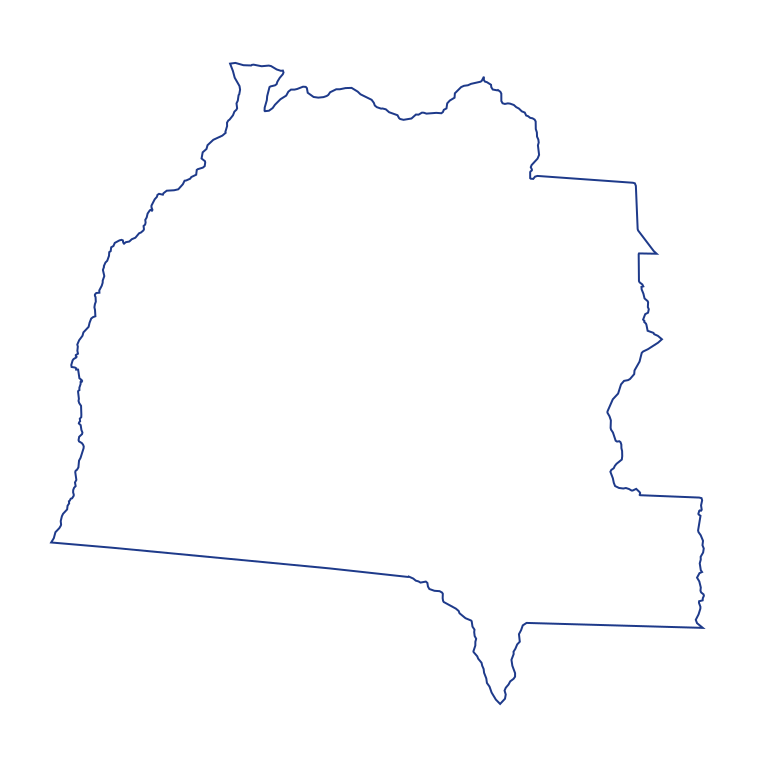 SVG path tracing the border of Mato Grosso, rotated 182°
{"feature_id": "BRA-602", "entity_name": "Mato Grosso", "entity_type": "State", "adm_level": 1, "iso_a3": "BRA", "parent_name": "Brazil", "parent_adm1": "", "projection": "mercator", "projection_center": [-55.436, -12.685], "detail": "fine", "context": "isolated", "style": "outline", "palette": "blue", "viewbox_px": 768, "rotation_deg": 182, "n_neighbors": 0, "source": "natural_earth", "source_scale": "10m", "svg_char_len": 6108}
<svg xmlns="http://www.w3.org/2000/svg" viewBox="0 0 768 768"><g transform="rotate(182 384 384)"><path d="M237.9,597.3L142.1,593.8L140.3,593.3L139.2,590.8L135.9,547.7L135.4,546.3L119.1,526.3L116.1,523.7L133.7,523.4L134.0,522.7L132.8,495.8L132.1,494.5L129.3,492.5L128.3,490.6L130.1,490.0L129.8,487.5L127.9,483.3L126.6,478.6L123.4,476.0L122.9,474.9L123.0,470.1L122.0,468.0L122.6,464.5L125.4,462.9L127.3,457.4L125.9,456.0L126.1,455.1L124.3,453.5L123.8,452.3L122.4,446.4L116.5,444.5L115.7,443.2L112.0,441.7L107.8,438.4L111.6,434.8L121.6,427.9L126.2,425.5L127.5,424.1L129.4,415.3L134.1,406.3L134.3,402.6L138.3,397.6L140.2,396.4L144.2,395.5L147.1,391.9L149.7,382.6L154.8,376.7L159.7,364.4L159.7,363.1L157.5,359.6L156.0,355.6L156.0,348.0L155.5,346.3L153.5,343.5L150.5,335.4L149.1,334.6L146.8,335.0L145.6,334.1L144.7,331.8L144.5,328.2L143.7,325.3L143.4,320.2L143.7,316.8L148.8,312.4L150.4,310.3L151.5,307.8L153.8,306.1L154.7,304.2L152.0,297.8L150.9,293.3L149.5,290.1L145.5,288.3L141.2,287.9L138.6,288.5L135.5,287.6L132.9,286.2L131.8,286.2L128.3,288.0L124.7,284.8L124.2,284.0L124.6,282.1L124.2,281.8L65.0,281.5L62.7,281.0L62.0,278.9L62.9,273.7L62.1,269.4L62.8,268.4L64.0,268.7L64.5,268.3L65.3,265.2L65.0,264.6L63.1,263.3L65.0,248.6L64.5,246.9L62.2,243.9L59.7,238.4L60.1,234.0L58.7,230.8L59.2,226.7L61.5,222.4L61.3,219.5L62.2,215.8L60.9,209.0L59.6,207.2L62.1,206.0L64.4,201.4L62.0,197.7L60.3,191.7L60.5,188.6L60.1,187.4L59.7,186.7L57.3,184.9L56.9,183.5L57.9,181.1L58.0,178.9L61.5,177.9L61.6,176.3L60.0,172.4L60.0,170.5L61.6,164.7L64.2,159.2L62.8,155.9L56.9,151.4L233.2,150.2L236.9,147.6L238.4,142.8L240.4,138.7L239.3,131.2L241.8,128.4L243.5,123.9L245.2,121.0L245.0,118.6L247.0,112.8L245.9,106.9L242.9,99.6L242.8,96.1L244.2,93.9L247.5,91.2L249.0,88.1L251.7,84.7L252.8,81.8L251.5,77.9L252.1,73.7L256.8,68.3L261.2,72.5L265.7,79.4L268.0,85.3L270.7,88.8L271.5,93.3L273.9,98.9L274.5,102.7L276.0,105.8L276.8,108.8L280.3,112.8L281.3,115.1L285.1,119.2L285.3,120.0L283.6,125.8L283.7,129.5L283.0,132.6L284.6,135.3L285.2,139.2L285.0,141.7L287.1,144.6L288.1,150.0L288.8,150.7L294.4,152.8L300.5,157.5L301.5,159.8L304.3,162.0L316.7,168.2L317.4,169.4L317.9,172.0L317.9,176.4L318.7,177.6L321.2,178.9L326.4,179.1L331.5,180.7L333.0,183.1L333.7,186.7L335.3,188.0L340.6,186.8L342.6,187.9L345.4,188.6L348.0,190.6L352.7,192.5L353.1,192.0L431.8,197.8L650.0,210.9L711.1,214.0L708.6,218.4L707.2,224.4L703.4,228.7L702.1,231.1L701.8,232.1L702.3,235.7L701.3,240.6L700.2,243.1L696.3,247.6L696.0,251.3L694.5,253.7L694.8,255.8L694.0,256.4L693.1,258.4L691.7,258.9L690.2,261.5L690.2,262.7L690.9,264.8L690.9,267.2L690.1,269.5L688.6,271.2L689.4,274.8L688.1,277.4L689.5,285.2L689.1,286.6L687.8,287.6L686.5,290.0L686.1,296.8L684.7,299.6L682.0,309.3L681.9,311.1L682.6,312.8L683.9,314.4L686.8,316.0L687.3,317.3L686.8,320.6L684.0,323.4L683.7,325.0L684.8,327.5L685.7,332.3L687.6,333.9L687.4,335.0L686.4,336.1L686.8,338.7L685.4,340.3L685.4,342.8L686.0,351.6L687.9,354.2L688.7,356.4L688.4,358.5L689.5,365.7L689.2,366.6L688.2,367.2L688.3,369.7L687.2,373.4L687.3,375.6L687.1,376.0L686.2,375.7L685.8,376.5L686.4,377.5L688.6,379.1L690.2,387.7L692.2,387.7L692.1,388.9L693.5,389.7L696.8,390.1L697.2,392.1L696.0,396.8L695.1,398.1L692.5,399.8L692.2,400.4L693.0,401.3L693.0,402.2L690.9,403.6L691.6,406.5L691.3,410.7L691.9,412.7L690.2,417.1L687.0,421.7L686.2,425.1L681.2,430.8L680.4,434.9L678.9,439.2L677.1,440.7L674.8,441.6L675.4,447.9L676.1,450.6L675.7,453.7L674.9,456.2L675.3,460.8L676.0,462.1L676.0,463.4L674.7,464.9L671.6,465.3L671.8,467.6L669.5,472.4L668.7,475.4L668.7,477.6L667.3,482.1L668.9,488.2L667.9,491.3L668.1,492.0L666.6,495.7L664.9,497.5L663.3,502.5L663.2,506.2L661.8,507.2L661.4,511.1L659.2,512.5L658.0,515.6L653.4,518.3L651.3,518.9L650.0,518.4L649.5,516.1L648.7,515.2L647.0,516.7L643.5,517.5L641.1,519.9L637.6,521.5L634.0,526.1L632.2,526.9L629.8,529.1L629.3,530.3L629.8,533.5L628.3,535.0L627.9,537.0L628.3,539.7L627.0,542.1L626.2,546.1L624.1,549.4L623.3,549.9L622.0,549.1L621.5,549.9L622.6,552.7L622.6,554.2L619.6,560.6L617.5,563.1L617.0,565.1L615.5,566.2L611.6,565.5L611.1,566.9L607.9,569.6L600.5,570.3L596.4,571.4L592.0,576.6L590.4,580.2L588.8,580.5L584.9,582.4L583.8,584.1L579.0,586.6L578.6,591.4L577.6,592.2L572.6,593.9L570.8,595.5L570.4,599.1L570.7,600.4L574.2,603.0L573.3,609.2L569.6,612.7L568.7,616.5L563.1,622.1L554.2,626.6L551.0,629.5L551.3,630.5L549.8,636.3L550.0,639.7L548.8,641.9L547.6,642.8L544.3,647.3L543.0,651.0L541.1,652.9L540.4,654.4L541.2,659.3L540.0,662.1L539.4,667.6L538.8,668.4L538.1,673.1L538.8,676.7L543.9,684.9L545.9,691.5L549.0,698.8L543.7,699.7L535.6,697.7L527.9,697.7L527.2,698.3L525.5,698.6L517.4,697.3L510.3,698.2L508.0,697.8L502.2,694.6L498.0,693.4L496.0,693.7L495.3,691.8L495.9,690.1L498.9,686.3L501.1,682.4L501.8,679.9L503.3,678.7L507.9,677.4L508.8,676.7L510.8,667.6L511.0,663.6L512.9,656.0L512.9,652.9L512.5,652.5L508.5,653.1L504.9,655.9L502.7,659.3L497.4,665.0L491.8,668.8L489.8,672.8L487.2,675.0L483.7,675.1L481.1,675.8L475.3,678.3L472.6,678.2L471.4,677.0L470.4,672.4L464.4,668.4L459.7,667.9L454.5,668.6L451.4,669.8L449.8,670.9L448.0,673.7L442.0,676.9L438.5,677.0L432.7,678.4L426.7,678.8L420.5,675.3L417.6,672.7L406.3,667.6L404.0,664.7L402.9,662.0L400.8,660.4L396.5,659.1L395.1,659.3L391.8,658.6L388.4,655.8L379.9,653.1L378.2,650.2L377.1,649.4L373.7,648.7L365.8,650.3L361.5,654.4L358.8,654.4L355.6,656.5L353.7,656.5L351.0,655.7L341.2,656.8L336.1,656.6L334.6,657.9L333.8,660.1L331.2,661.6L330.6,666.7L328.1,669.6L323.5,672.6L323.3,677.0L317.3,683.4L314.5,684.8L310.5,685.5L307.5,687.0L298.0,689.5L296.9,690.4L294.9,694.6L294.8,691.2L293.6,689.7L291.8,689.3L287.5,686.8L287.1,684.3L285.6,682.1L281.0,681.4L280.4,681.8L277.9,680.1L276.9,678.3L276.6,670.9L275.3,668.7L273.0,668.1L270.0,668.8L267.8,668.6L264.0,667.4L261.5,665.3L258.8,664.0L255.8,661.3L252.8,660.2L251.3,657.3L249.4,656.7L247.2,655.1L244.8,654.7L242.7,653.5L241.6,651.7L241.2,644.1L240.0,640.8L239.7,636.6L238.3,633.7L237.8,630.7L238.5,627.9L237.0,618.4L238.4,614.6L244.1,608.0L244.9,605.8L243.7,603.6L243.7,602.6L245.1,601.4L245.3,600.6L245.1,594.8L244.5,594.3L242.0,594.2L240.3,596.5L237.9,597.3Z" fill="none" stroke="#1e3a8a" stroke-width="2"/></g></svg>